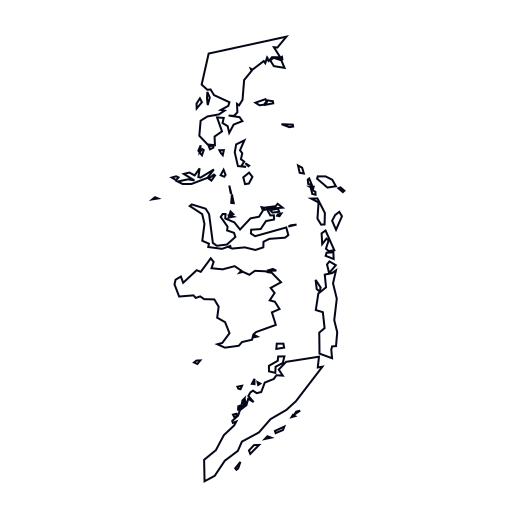 outline of Indonesia, rotated 257°
{"feature_id": "IDN", "entity_name": "Indonesia", "entity_type": "country or territory", "adm_level": 0, "iso_a3": "IDN", "parent_name": "Asia", "parent_adm1": "", "projection": "equal_earth", "projection_center": [119.503, -2.501], "detail": "fine", "context": "isolated", "style": "outline", "palette": "ink", "viewbox_px": 512, "rotation_deg": 257, "n_neighbors": 0, "source": "natural_earth", "source_scale": "50m", "svg_char_len": 6185}
<svg xmlns="http://www.w3.org/2000/svg" viewBox="0 0 512 512"><g transform="rotate(257 256 256)"><path d="M178.7,198.5L178.9,203.6L186.7,212.8L198.5,211.0L204.6,204.3L215.0,208.2L223.1,205.6L225.6,195.8L229.2,192.5L228.7,187.9L231.7,186.2L233.8,172.0L246.7,170.2L251.0,172.3L252.9,178.2L246.3,179.0L255.5,195.0L253.0,198.6L263.9,211.4L259.8,213.4L254.1,209.9L250.5,220.5L250.9,232.9L245.0,238.4L243.4,236.2L243.5,239.7L239.2,245.3L241.8,251.6L239.0,261.7L237.2,264.5L236.3,267.5L224.8,274.5L221.6,263.1L215.8,265.8L209.7,259.4L207.2,264.1L199.0,267.0L197.5,258.8L184.4,259.8L181.9,239.0L180.1,235.8L175.3,233.3L175.3,223.0L172.4,219.0L173.7,205.1L178.7,198.5ZM48.1,155.2L69.1,159.6L75.8,173.2L88.7,184.4L95.8,196.6L99.1,199.5L98.6,195.9L100.6,195.7L104.5,202.6L109.4,205.7L112.8,213.1L118.6,216.3L114.2,220.8L121.4,217.1L124.4,219.9L125.5,222.8L122.2,225.8L122.3,230.5L130.7,236.1L132.2,245.7L135.2,249.1L133.4,255.2L140.2,252.6L146.1,261.5L143.7,294.7L133.5,291.1L133.2,295.8L105.5,262.2L99.2,251.0L93.8,233.5L83.4,219.1L78.3,200.5L70.2,194.5L63.6,179.6L51.1,166.3L48.1,155.2ZM463.9,255.4L462.9,335.0L454.3,323.7L455.4,320.4L444.2,324.3L446.1,316.3L443.1,312.2L444.2,311.6L446.0,311.9L447.0,311.5L441.8,308.4L444.2,307.4L438.4,294.6L439.7,293.0L437.4,293.4L430.1,284.0L411.2,278.0L406.6,273.4L408.5,271.7L400.2,270.2L397.5,266.1L399.0,260.9L395.0,271.2L390.5,273.1L389.1,263.8L382.0,257.6L388.9,257.6L393.1,253.3L397.8,255.6L399.8,249.2L385.1,250.9L381.7,242.5L373.2,240.9L375.6,233.9L385.9,227.8L400.3,232.5L402.9,240.1L402.3,251.7L404.7,258.1L406.2,254.5L408.5,262.8L411.8,264.7L422.2,251.3L428.5,249.2L428.9,246.0L435.2,241.6L463.9,255.4ZM320.7,205.0L313.4,217.6L307.3,219.7L278.4,216.9L274.8,220.1L273.7,230.2L279.2,240.2L283.5,239.8L287.4,233.6L291.0,234.9L302.0,230.4L304.4,233.0L303.8,235.7L299.5,234.5L293.6,242.5L285.4,246.4L293.9,259.1L293.6,267.8L299.0,273.2L299.2,277.2L292.3,279.1L291.6,282.6L287.5,281.8L287.8,273.6L281.2,266.6L282.7,257.2L279.0,256.1L275.5,259.6L277.0,291.9L269.1,292.2L267.3,288.5L269.7,272.9L268.2,266.5L262.8,265.1L262.0,256.8L266.9,247.1L268.6,234.5L270.5,231.8L271.7,234.0L270.6,224.5L275.5,211.5L278.6,212.9L282.9,207.1L298.9,213.0L308.9,213.0L319.6,202.7L320.7,205.0ZM146.6,295.9L167.1,300.4L170.3,306.6L186.2,308.5L189.9,302.1L205.4,308.3L209.7,317.2L222.4,318.8L222.2,326.3L224.0,330.7L212.0,324.9L196.2,325.1L175.9,317.8L163.5,318.0L150.2,313.7L150.8,309.8L147.9,308.3L139.3,307.1L146.6,295.9ZM343.5,213.0L352.2,204.1L352.3,209.8L348.3,214.4L354.1,220.8L345.8,217.6L344.9,219.7L349.8,234.4L343.1,226.4L340.7,209.4L342.6,200.8L346.2,196.4L346.0,207.1L343.5,213.0ZM361.8,258.6L369.2,261.8L371.3,270.7L362.6,264.2L359.2,265.7L353.7,263.1L350.6,265.7L347.1,262.1L345.0,266.3L347.7,258.6L361.8,258.6ZM298.3,328.8L282.4,332.8L271.3,329.9L271.9,326.5L278.6,324.3L294.1,329.0L299.5,322.7L298.3,328.8ZM252.7,323.2L263.3,325.0L265.2,329.5L244.0,333.6L244.4,327.9L247.4,325.8L254.7,330.2L257.1,328.6L252.7,323.2ZM317.6,332.9L319.7,334.1L317.9,341.7L313.1,347.5L306.0,349.5L306.6,341.0L317.6,332.9ZM146.1,243.9L149.0,253.6L153.1,255.0L151.8,261.1L145.7,258.0L143.7,250.2L137.8,248.5L140.7,242.7L146.1,243.9ZM441.0,324.7L432.9,326.1L437.0,316.1L443.3,313.9L445.2,317.7L441.0,324.7ZM273.2,338.1L278.1,342.3L280.3,347.1L275.4,348.7L263.6,339.9L273.2,338.1ZM335.5,261.3L338.8,268.0L333.9,270.3L328.2,265.4L328.5,261.5L335.5,261.3ZM231.8,323.3L234.2,326.3L229.1,331.7L222.9,323.4L231.8,323.3ZM243.3,325.5L242.2,332.2L235.6,331.0L240.5,323.9L243.3,325.5ZM165.9,256.5L164.4,263.0L160.4,262.8L160.9,254.9L165.9,256.5ZM405.5,289.9L406.7,300.5L404.2,301.0L401.6,297.7L402.1,293.3L405.5,289.9ZM219.3,308.7L210.7,311.9L207.1,310.0L210.2,307.7L219.3,308.7ZM301.0,277.2L300.1,286.4L302.0,288.8L297.1,292.8L299.0,280.0L301.0,277.2ZM68.1,205.4L72.2,211.5L71.2,216.5L64.5,205.9L68.1,205.4ZM83.4,245.2L80.4,243.2L79.0,235.3L81.3,235.1L83.4,245.2ZM375.7,321.4L373.8,321.3L374.0,317.5L378.7,310.5L375.7,321.4ZM371.5,223.5L376.3,227.0L369.8,224.5L372.3,227.6L371.0,228.9L366.3,226.0L371.5,223.5ZM313.3,243.8L321.5,246.4L312.5,246.2L313.3,243.8ZM297.1,288.0L293.8,288.6L294.6,281.8L297.6,280.0L297.1,288.0ZM413.1,231.4L417.8,232.3L422.2,236.8L418.0,237.9L413.1,231.4ZM334.7,317.3L331.7,320.8L325.6,321.2L327.2,317.3L334.7,317.3ZM405.0,302.3L403.0,307.3L400.9,307.1L401.2,299.3L405.0,302.3ZM347.3,243.8L341.9,244.6L340.4,242.9L342.7,239.7L347.3,243.8ZM413.9,242.9L420.6,243.7L426.8,245.5L420.8,246.6L413.9,242.9ZM299.6,237.9L305.1,241.2L302.0,243.2L301.8,239.4L299.4,242.9L299.6,237.9ZM350.0,198.2L347.9,195.2L351.4,191.6L351.6,196.1L350.0,198.2ZM314.5,323.1L318.8,323.6L319.6,325.3L312.7,326.4L314.5,323.1ZM367.3,244.1L366.4,248.5L361.7,246.3L364.1,245.0L367.3,244.1ZM239.6,269.5L237.2,272.5L239.2,263.3L239.6,269.5ZM342.0,227.3L344.8,233.3L343.7,234.2L339.5,229.5L342.0,227.3ZM58.9,194.5L53.0,190.8L52.1,188.8L53.8,188.0L58.9,194.5ZM166.8,178.2L164.0,174.6L166.2,171.7L167.5,174.5L166.8,178.2ZM373.2,239.5L371.2,238.8L370.3,235.2L373.5,234.7L373.2,239.5ZM118.4,212.9L113.7,212.9L113.8,210.1L118.4,212.9ZM106.6,197.9L106.7,201.5L104.7,202.2L103.9,198.6L106.6,197.9ZM308.6,324.7L305.2,328.3L302.3,327.8L303.8,324.8L308.6,324.7ZM299.7,356.8L298.7,355.0L303.5,351.5L303.9,353.7L299.7,356.8ZM323.3,245.5L330.7,245.8L322.1,246.0L323.3,245.5ZM132.8,208.5L132.7,213.2L129.7,211.0L130.7,208.9L132.8,208.5ZM179.7,236.2L177.2,239.1L177.3,235.5L179.7,236.2ZM95.3,260.2L95.4,264.2L92.9,257.6L95.3,260.2ZM132.4,223.2L136.6,226.9L131.5,225.7L132.4,223.2ZM291.6,290.1L289.5,287.8L290.5,285.6L291.6,286.6L291.6,290.1ZM77.8,226.6L75.6,229.9L75.7,223.4L77.8,226.6ZM113.1,211.3L111.8,210.2L111.6,206.3L113.3,208.3L113.1,211.3ZM336.0,170.8L334.1,173.5L334.5,167.7L336.0,170.8ZM311.5,323.8L310.6,327.8L308.6,326.8L311.5,323.8ZM113.5,204.9L113.8,207.1L109.5,203.7L113.5,204.9ZM129.8,229.1L132.8,229.1L130.7,231.5L129.8,229.1ZM119.8,212.7L115.6,210.5L115.8,209.2L118.3,210.3L119.8,212.7ZM302.3,272.4L301.1,275.2L300.1,272.8L302.3,272.4ZM348.8,266.5L345.6,269.6L345.2,268.8L348.8,266.5ZM444.2,326.1L441.5,325.9L441.2,325.1L443.4,323.5L444.2,326.1ZM278.1,296.6L277.5,302.6L277.4,294.2L278.1,296.6ZM92.9,256.3L91.2,258.0L91.0,254.4L92.9,256.3Z" fill="none" stroke="#020617" stroke-width="2"/></g></svg>